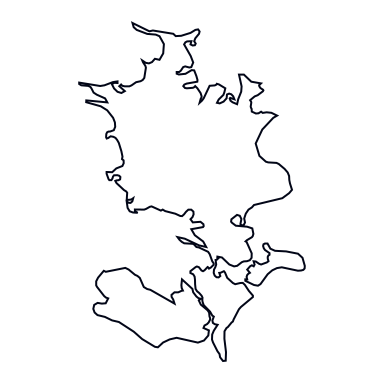 the Region of Sjaælland
{"feature_id": "DNK-3420", "entity_name": "Sjaælland", "entity_type": "Region", "adm_level": 1, "iso_a3": "DNK", "parent_name": "Denmark", "parent_adm1": "", "projection": "orthographic", "projection_center": [11.743, 55.283], "detail": "fine", "context": "isolated", "style": "outline", "palette": "ink", "viewbox_px": 384, "rotation_deg": 0, "n_neighbors": 0, "source": "natural_earth", "source_scale": "10m", "svg_char_len": 5967}
<svg xmlns="http://www.w3.org/2000/svg" viewBox="0 0 384 384"><path d="M277.1,115.6L273.3,117.8L262.3,129.5L255.7,143.5L259.4,155.9L265.9,161.7L268.2,162.4L276.5,162.9L278.8,164.0L284.6,168.9L287.7,172.5L289.1,176.0L289.3,180.0L290.0,183.5L292.0,189.8L289.2,193.1L282.3,198.2L254.0,205.0L251.9,207.4L248.5,209.6L245.8,213.6L244.2,218.5L245.0,222.5L244.0,224.5L242.8,225.4L241.6,225.2L240.4,224.1L241.4,219.0L239.8,215.8L237.0,214.9L231.4,219.3L231.1,221.7L231.9,222.7L235.8,225.7L247.1,226.7L252.3,228.4L253.4,233.9L252.7,236.2L251.9,237.2L246.9,240.2L245.6,241.4L246.6,242.0L251.7,253.3L251.6,257.8L249.8,260.2L247.0,261.2L243.8,261.4L241.8,262.2L237.2,265.8L234.1,266.4L229.3,264.5L222.0,257.5L217.4,256.6L217.3,257.8L218.3,258.3L216.7,259.8L215.6,260.0L216.2,264.5L215.3,267.2L214.0,269.6L213.7,272.9L214.7,275.6L216.5,277.2L218.6,277.4L220.3,276.0L219.3,272.9L220.5,272.8L223.9,271.2L225.0,272.5L227.2,277.8L232.9,283.0L235.2,284.2L240.3,283.0L242.8,282.9L244.9,284.9L248.8,290.8L252.9,295.6L252.9,297.0L240.9,307.0L238.9,309.3L233.6,319.5L232.9,321.5L231.6,322.5L227.9,327.0L226.5,328.0L224.5,331.3L224.4,338.8L226.0,352.2L225.7,360.7L223.0,361.0L220.1,357.3L219.5,354.0L217.5,351.3L213.0,342.4L212.0,339.5L212.2,334.5L213.8,330.7L217.6,324.8L214.8,324.2L212.9,322.9L212.4,320.5L213.8,316.6L212.3,315.6L210.1,311.7L203.7,305.1L202.6,302.0L202.3,300.1L202.5,297.6L201.6,295.7L199.2,293.0L197.1,291.3L195.6,289.0L195.1,284.3L195.0,279.9L194.6,276.6L193.2,274.3L190.4,273.0L190.4,271.2L195.6,267.1L196.9,266.5L198.9,267.2L201.5,270.5L203.0,271.2L204.5,270.3L207.6,267.0L208.1,267.3L209.0,268.6L210.9,267.5L213.7,264.7L213.7,263.3L212.3,261.4L209.7,254.2L208.1,251.8L199.0,247.5L196.4,247.0L193.9,244.3L192.8,243.8L184.2,243.3L181.7,241.8L179.5,239.8L177.5,237.1L184.8,238.7L199.1,245.4L206.2,247.0L203.2,241.5L194.8,235.2L191.3,229.2L203.0,227.1L203.7,226.1L203.4,224.2L200.5,221.8L192.8,222.4L190.5,219.2L192.5,217.1L193.6,214.3L193.4,211.6L191.3,209.7L188.3,209.7L186.0,211.8L184.0,214.4L182.1,216.1L180.3,216.0L175.3,213.7L165.2,211.1L162.7,209.6L160.9,210.6L151.6,206.4L149.8,206.8L146.1,208.9L144.2,209.6L134.9,209.5L134.9,211.1L137.7,212.8L133.0,212.5L129.7,211.3L127.6,207.9L126.7,201.4L128.7,202.8L130.6,202.9L132.3,201.4L133.2,198.2L131.8,199.2L130.3,199.7L127.2,199.9L126.8,198.6L127.2,192.8L126.3,191.5L123.9,190.0L116.5,183.1L115.3,180.9L116.5,180.4L118.5,180.2L120.1,179.4L120.4,177.0L119.3,175.8L117.4,175.2L114.0,175.3L113.0,176.6L112.4,178.6L111.4,180.1L109.3,180.1L108.5,179.0L106.6,173.7L106.6,172.0L112.2,172.2L116.3,168.4L122.4,166.0L123.7,163.2L123.6,160.4L122.0,159.1L122.5,156.7L121.4,151.3L118.8,142.9L117.1,139.9L115.5,137.9L113.4,136.8L110.6,136.3L108.2,138.0L106.7,138.5L106.1,137.2L106.3,134.0L107.1,132.3L108.4,131.6L110.2,131.5L113.8,130.2L115.2,126.8L114.9,122.4L113.1,117.8L107.2,110.3L100.8,106.3L86.2,102.2L86.3,100.4L107.3,102.4L105.1,98.4L96.8,94.7L93.6,92.6L91.5,88.5L90.5,87.0L88.3,85.9L81.3,85.3L79.2,84.0L79.2,82.6L100.2,86.0L104.5,85.3L112.9,82.1L117.5,81.4L117.5,83.0L114.6,82.8L113.2,83.3L112.0,84.4L114.1,88.5L117.5,91.8L121.4,93.0L124.8,91.1L119.3,86.2L121.1,84.5L122.3,85.8L124.6,86.3L129.4,86.3L131.5,85.4L136.1,82.2L140.6,81.2L142.7,80.0L144.3,77.9L145.9,67.7L145.4,65.9L143.1,62.4L142.3,60.5L145.7,62.8L148.9,63.4L152.0,62.1L154.9,58.8L159.5,59.8L163.2,53.4L163.9,44.1L159.5,36.2L155.7,34.6L147.2,33.9L136.7,29.9L133.7,27.2L132.5,23.0L149.4,31.3L152.9,30.5L173.3,33.8L175.7,36.1L181.2,35.8L190.5,32.9L195.4,29.9L198.1,29.4L199.6,31.5L199.0,33.8L195.3,38.3L194.2,41.2L195.7,43.6L194.9,45.2L192.7,45.5L190.5,44.4L191.4,41.2L187.1,41.4L185.4,42.3L184.1,44.4L190.7,56.0L193.2,62.5L191.3,67.1L189.3,67.5L185.2,66.4L183.2,67.1L180.8,70.7L179.2,72.0L176.7,72.0L176.7,73.7L178.9,74.5L185.5,73.8L191.7,70.1L194.2,70.4L196.4,76.1L197.5,80.0L197.3,81.7L186.6,83.6L184.3,84.6L183.3,86.1L185.0,88.0L186.9,88.3L192.9,87.8L194.2,87.2L195.2,86.1L197.4,88.3L200.6,93.1L201.6,96.2L201.5,97.4L200.7,98.8L199.6,102.8L202.0,100.6L203.7,98.3L209.6,85.8L214.8,85.4L216.4,84.6L216.8,83.8L218.9,84.4L225.3,88.3L224.4,92.2L223.4,94.9L218.7,99.5L217.0,102.8L219.7,103.4L223.6,101.6L226.6,98.3L227.0,94.5L229.1,93.6L231.3,94.3L233.2,96.3L234.4,99.3L230.2,97.9L229.7,98.5L230.5,100.7L232.6,102.3L237.1,104.2L238.2,99.2L241.2,91.7L241.6,86.4L239.0,74.6L243.9,74.6L251.3,81.7L261.0,83.4L259.1,85.2L259.4,86.5L260.5,88.1L263.0,89.7L263.4,90.3L262.9,91.3L257.7,95.2L254.7,96.4L250.1,100.2L251.1,101.7L251.3,102.6L250.7,106.5L251.0,107.8L251.6,108.8L251.8,111.6L255.9,113.5L258.5,113.3L261.1,111.7L262.7,112.9L266.6,112.3L271.4,112.8L277.1,115.6ZM208.7,322.4L207.1,324.1L204.5,325.5L203.5,328.0L208.9,330.4L208.3,335.5L204.0,340.5L197.9,342.6L176.6,337.8L169.7,339.4L163.1,342.5L157.9,347.3L154.9,346.8L142.2,339.1L133.8,331.7L118.9,322.0L112.1,320.4L104.9,316.9L97.5,315.1L94.6,312.5L93.3,308.9L94.2,304.9L97.6,302.9L101.8,303.6L105.7,303.3L108.2,298.4L106.0,297.6L104.2,296.1L97.1,287.0L96.2,285.4L96.2,281.3L98.1,277.6L103.8,270.8L105.8,271.8L125.3,267.9L128.6,269.5L135.0,274.8L137.4,275.9L139.8,277.9L143.8,287.0L147.1,289.0L150.3,289.8L174.5,303.6L173.2,299.5L171.6,296.9L171.5,294.9L174.5,292.3L178.3,292.3L181.6,290.8L182.9,290.6L181.7,288.0L181.4,285.1L182.0,279.4L192.4,288.9L193.2,292.3L196.4,296.5L198.5,298.2L200.8,298.8L198.8,300.4L200.8,304.6L207.6,310.3L209.1,312.6L209.5,316.5L210.1,318.2L210.1,319.6L208.7,322.4ZM286.1,251.4L298.0,253.7L302.5,257.8L304.8,265.9L304.6,268.5L303.3,269.9L301.1,270.5L297.9,270.7L281.8,267.3L276.9,268.1L272.3,270.3L267.7,274.2L260.5,284.1L258.0,285.7L254.0,285.0L245.3,280.8L245.3,279.3L247.2,279.3L246.6,276.9L247.2,275.0L248.4,273.7L249.9,272.8L247.2,269.6L250.2,266.2L251.9,265.3L253.7,266.3L254.6,264.6L253.6,261.3L255.8,261.5L259.1,263.8L261.1,264.5L266.9,262.4L268.5,261.2L267.8,258.9L267.7,257.0L268.3,255.6L269.5,254.8L269.5,253.1L265.0,250.0L263.8,248.3L263.1,246.0L263.5,244.3L265.0,243.5L267.5,243.5L270.4,248.7L275.0,250.8L286.1,251.4Z" fill="none" stroke="#020617" stroke-width="2"/></svg>